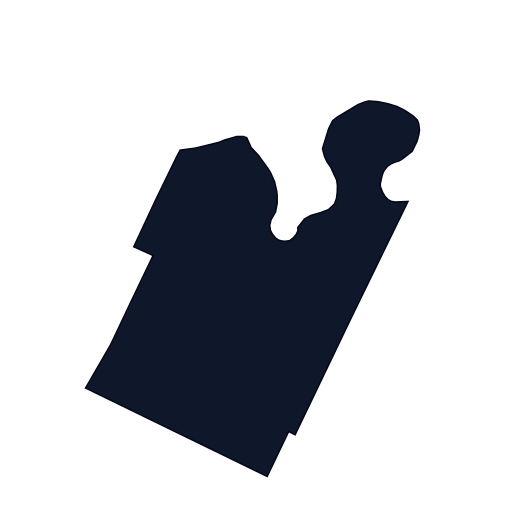 outline of Vanderburgh, Indiana, United States of America, rotated 205°
{"feature_id": "52423323B71593821490385", "entity_name": "Vanderburgh", "entity_type": "district", "adm_level": 2, "iso_a3": "USA", "parent_name": "United States of America", "parent_adm1": "Indiana", "projection": "natural_earth1", "projection_center": [-87.601, 37.997], "detail": "fine", "context": "isolated", "style": "filled", "palette": "ink", "viewbox_px": 512, "rotation_deg": 205, "n_neighbors": 0, "source": "geoboundaries", "source_scale": "gbopen_adm2", "svg_char_len": 1224}
<svg xmlns="http://www.w3.org/2000/svg" viewBox="0 0 512 512"><g transform="rotate(205 256 256)"><path d="M152.7,60.9L152.2,110.7L145.0,110.5L143.5,243.4L141.3,369.7L152.6,363.8L156.6,362.7L159.9,362.9L164.2,364.5L168.1,367.2L172.6,371.5L173.9,374.1L175.9,383.1L176.0,387.8L174.8,392.7L172.9,396.1L170.4,399.1L166.5,402.7L164.5,405.5L158.7,416.9L158.5,427.7L159.6,434.3L161.0,439.2L164.3,444.5L167.2,447.4L172.6,449.3L182.9,450.9L191.5,451.1L200.7,449.8L210.5,447.5L219.3,444.2L222.1,442.0L227.4,436.5L241.2,416.1L243.7,411.1L244.0,402.2L241.1,381.3L236.1,375.3L231.6,371.5L225.7,368.0L214.9,358.8L212.1,354.4L209.4,348.3L207.4,342.2L206.9,336.2L210.0,328.6L215.6,322.8L223.5,315.9L227.7,310.1L230.2,299.5L228.7,296.7L228.7,292.5L229.9,288.1L232.1,284.0L236.4,281.4L239.9,280.3L242.7,280.0L244.5,280.4L246.3,280.7L250.7,283.0L253.6,285.2L256.5,289.5L257.7,295.3L256.9,304.2L259.0,312.6L262.3,319.7L264.6,323.5L270.6,331.2L278.0,337.7L280.5,339.3L282.9,340.8L296.0,348.1L306.3,352.3L314.4,359.3L318.0,359.0L323.9,356.2L333.7,347.7L337.4,343.6L356.4,328.3L369.5,319.9L369.9,312.3L370.7,262.8L370.7,212.7L349.5,212.9L350.0,163.7L350.3,114.1L354.7,64.3L152.7,60.9Z" fill="#0f172a" stroke="#020617" stroke-width="1.5"/></g></svg>